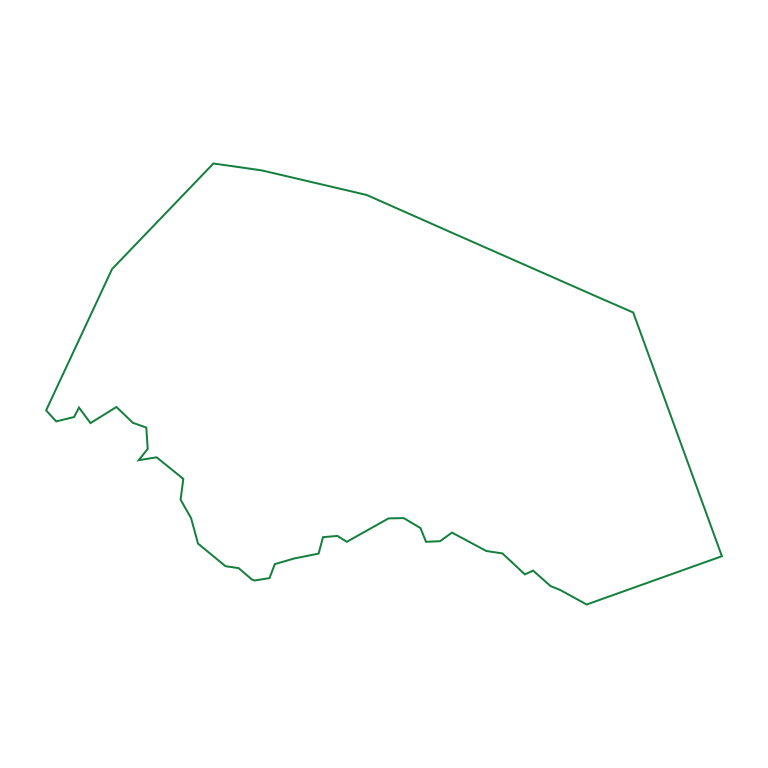 Williamson, Texas, United States of America (orthographic projection)
{"feature_id": "52423323B40503008253426", "entity_name": "Williamson", "entity_type": "district", "adm_level": 2, "iso_a3": "USA", "parent_name": "United States of America", "parent_adm1": "Texas", "projection": "orthographic", "projection_center": [-97.689, 30.655], "detail": "fine", "context": "isolated", "style": "outline", "palette": "green", "viewbox_px": 768, "rotation_deg": 0, "n_neighbors": 0, "source": "geoboundaries", "source_scale": "gbopen_adm2", "svg_char_len": 698}
<svg xmlns="http://www.w3.org/2000/svg" viewBox="0 0 768 768"><path d="M586.6,604.5L721.9,556.2L633.2,312.5L599.9,298.0L450.9,232.3L366.7,195.0L261.7,170.4L213.4,163.5L112.1,269.0L46.1,410.4L56.2,421.4L74.1,417.0L79.0,407.6L90.5,423.1L116.4,407.0L132.9,422.8L146.3,427.6L147.7,448.9L138.7,460.2L156.6,457.3L183.3,478.9L180.6,499.7L191.1,518.2L198.0,543.6L225.5,566.2L238.6,568.1L252.0,579.6L254.6,580.5L269.5,578.1L274.8,564.1L294.1,558.5L318.6,553.6L323.0,537.2L337.4,535.9L346.8,541.8L388.5,518.4L403.7,518.1L420.5,528.1L426.0,541.8L440.0,541.2L452.0,532.6L486.3,551.0L502.4,553.4L524.9,574.4L533.1,570.6L550.6,586.1L560.0,589.9L586.6,604.5Z" fill="none" stroke="#15803d" stroke-width="2"/></svg>